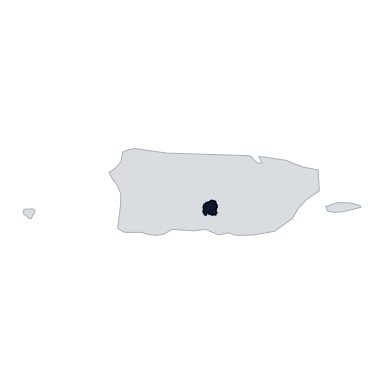 Villalba, Puerto Rico shown in context
{"feature_id": "32010507B77779311465946", "entity_name": "Villalba", "entity_type": "district", "adm_level": 2, "iso_a3": "PRI", "parent_name": "Puerto Rico", "parent_adm1": "", "projection": "natural_earth1", "projection_center": [-66.472, 18.13], "detail": "fine", "context": "in_parent", "style": "filled", "palette": "ink", "viewbox_px": 384, "rotation_deg": 0, "n_neighbors": 0, "source": "geoboundaries", "source_scale": "gbopen_adm2", "svg_char_len": 2697}
<svg xmlns="http://www.w3.org/2000/svg" viewBox="0 0 384 384"><path d="M254.2,160.3L258.2,163.3L262.0,162.8L258.9,156.7L261.7,156.7L286.2,160.4L302.0,166.8L318.2,169.9L319.3,190.9L306.8,199.3L298.6,208.0L292.0,218.8L274.5,231.3L253.5,235.0L239.5,235.4L234.2,235.0L229.1,232.8L218.5,234.9L205.5,229.4L194.2,230.8L172.0,229.4L163.6,234.2L155.7,235.3L147.8,234.4L141.2,232.3L124.7,232.4L117.7,228.3L120.6,204.4L120.8,193.6L116.8,184.7L112.4,179.0L109.2,172.4L115.6,168.0L121.0,161.7L122.7,152.1L128.5,149.7L135.3,148.6L166.8,153.1L246.6,155.6L251.2,156.4L254.2,160.3ZM344.2,211.5L334.2,212.4L327.7,211.2L325.5,206.7L337.6,202.5L351.8,203.1L360.0,205.6L361.0,207.3L344.2,211.5ZM31.3,218.4L30.1,218.5L28.9,218.4L28.3,217.9L27.5,216.6L23.9,214.3L23.0,212.2L23.9,210.0L25.4,209.2L32.8,208.9L33.5,209.1L35.0,210.7L35.0,211.7L34.3,212.8L33.0,215.4L32.4,216.1L32.0,216.8L31.8,217.9L31.3,218.4Z" fill="#d9dde1" stroke="#a8b0b8" stroke-width="1"/><path d="M213.9,200.8L213.5,200.9L213.2,200.6L212.9,200.5L212.2,200.8L211.8,200.7L211.4,200.4L211.3,200.6L211.0,200.6L210.7,200.6L210.4,200.9L210.3,201.4L210.0,201.4L209.7,201.8L209.2,201.8L208.8,202.0L208.7,202.2L208.3,202.4L208.2,202.3L208.0,202.2L207.7,202.3L207.3,202.3L207.2,202.5L206.6,202.6L206.1,202.8L205.8,203.1L205.5,203.3L205.3,203.7L205.1,203.9L204.8,204.1L204.3,204.1L204.2,204.4L204.0,204.5L204.0,204.9L203.9,205.5L203.4,206.3L203.5,206.7L203.3,207.0L203.2,207.5L203.4,207.7L203.7,208.6L203.9,208.9L203.5,209.3L203.5,209.7L203.6,210.0L203.5,210.4L203.5,210.5L203.4,210.8L203.0,211.1L203.0,211.3L203.2,211.7L203.3,212.0L203.2,212.2L203.5,212.5L203.9,213.0L204.0,213.1L204.2,213.4L204.0,213.9L204.3,214.2L204.5,214.6L204.9,214.7L205.5,215.1L205.9,215.2L206.2,215.0L206.5,214.6L206.6,214.4L206.6,214.1L206.1,213.5L206.1,213.4L206.6,213.0L207.2,212.9L207.8,212.6L207.7,212.9L208.2,213.1L208.4,213.2L208.5,213.5L208.8,213.6L208.8,213.9L209.2,214.1L209.5,214.2L209.9,214.2L210.5,214.4L210.7,214.5L211.1,214.5L211.7,214.7L212.0,214.9L212.6,215.2L212.9,214.9L213.2,214.8L213.5,214.9L214.0,214.6L214.6,214.6L215.2,214.8L215.7,215.0L215.8,214.9L215.7,214.5L215.9,213.9L215.9,213.7L216.1,213.4L216.4,213.3L216.4,213.1L216.6,212.8L216.9,212.7L216.7,212.4L216.4,212.3L216.2,212.0L216.1,211.3L216.0,211.2L216.1,210.7L215.8,210.5L215.7,210.1L215.7,209.9L216.2,209.6L216.2,208.9L216.3,208.3L216.5,207.9L216.5,207.5L216.6,207.4L216.7,207.1L217.0,207.2L216.9,206.9L217.0,206.4L217.1,206.1L217.1,205.7L217.1,205.2L216.7,204.7L216.5,204.4L216.1,204.0L216.0,203.9L215.9,203.7L216.0,203.6L216.0,203.3L215.9,202.8L215.9,202.7L215.8,202.3L215.4,201.4L215.2,201.2L214.6,201.3L214.5,201.1L214.1,200.9L213.9,200.8Z" fill="#0f172a" stroke="#020617" stroke-width="1.5"/></svg>